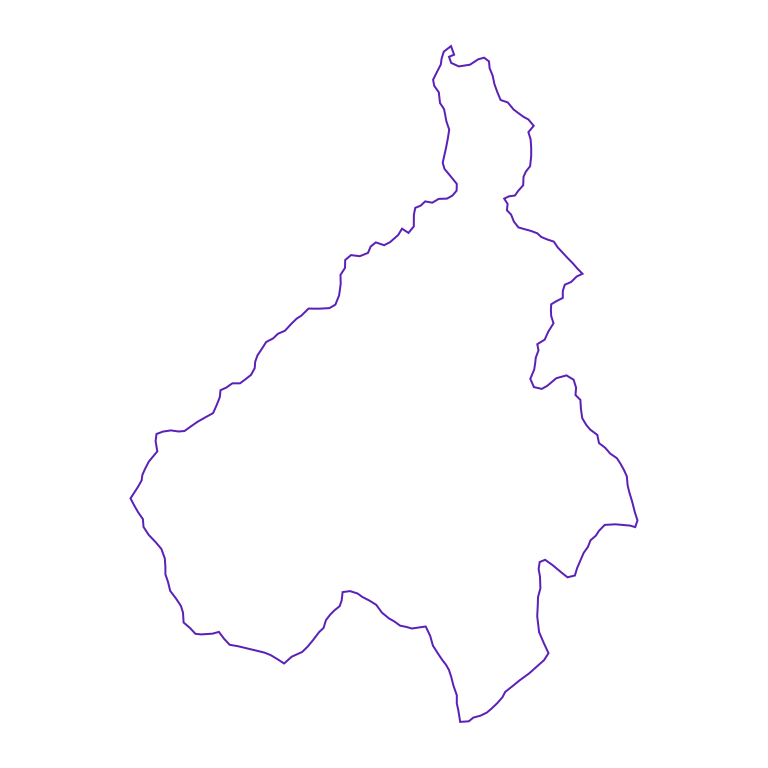 Echaporã, São Paulo, Brazil (orthographic projection)
{"feature_id": "56859067B12179027104670", "entity_name": "Echaporã", "entity_type": "district", "adm_level": 2, "iso_a3": "BRA", "parent_name": "Brazil", "parent_adm1": "São Paulo", "projection": "orthographic", "projection_center": [-50.188, -22.419], "detail": "fine", "context": "isolated", "style": "outline", "palette": "violet", "viewbox_px": 768, "rotation_deg": 0, "n_neighbors": 0, "source": "geoboundaries", "source_scale": "gbopen_adm2", "svg_char_len": 3515}
<svg xmlns="http://www.w3.org/2000/svg" viewBox="0 0 768 768"><path d="M218.9,631.9L224.0,638.7L229.7,644.8L237.9,646.2L264.4,652.6L270.7,655.1L278.1,659.6L284.1,663.5L291.7,656.7L302.1,652.0L307.4,646.9L312.8,640.4L319.1,632.1L323.6,627.9L325.9,620.2L330.4,614.4L334.4,610.4L339.7,606.1L341.7,600.3L342.6,592.1L350.0,591.1L357.6,593.5L362.4,597.0L368.9,600.3L376.2,604.8L381.8,612.5L389.2,618.6L393.8,621.1L400.2,625.7L406.2,626.9L411.9,628.5L425.7,626.5L430.2,635.9L432.9,645.6L438.2,653.9L442.5,660.3L446.1,664.9L449.0,670.1L451.2,676.8L453.5,685.8L456.8,695.2L456.8,703.4L458.3,710.2L460.2,721.9L468.8,721.3L473.3,717.6L480.4,715.7L486.8,712.6L491.1,709.0L497.2,703.2L502.4,697.3L505.2,691.9L511.8,686.7L520.2,679.9L529.0,673.5L538.0,665.5L544.0,660.2L548.5,653.2L544.0,643.5L539.1,632.1L538.0,622.9L537.2,616.2L537.5,610.5L537.8,604.6L538.0,597.2L540.4,588.3L540.0,576.7L538.6,569.0L539.7,562.0L545.1,559.8L552.8,565.3L557.2,569.0L561.3,572.4L567.5,577.3L574.9,575.5L577.1,568.1L580.3,560.7L583.7,552.8L587.9,547.0L590.5,540.3L595.9,535.6L599.0,530.8L604.7,524.9L615.4,524.3L623.3,525.0L630.1,525.6L635.2,527.1L637.5,520.4L634.9,512.4L632.1,501.4L629.2,491.9L627.6,485.2L626.8,476.3L623.9,469.9L620.3,463.4L616.9,458.2L610.3,453.7L605.2,447.8L599.0,443.1L597.3,434.9L590.2,429.6L586.3,425.0L582.3,418.3L580.9,408.8L580.4,399.9L575.5,395.0L576.1,387.7L573.6,379.7L566.5,375.4L556.3,378.2L547.3,385.8L541.8,388.9L533.9,387.1L530.3,378.8L534.2,369.6L535.1,363.7L535.8,357.6L538.5,350.4L537.3,344.2L544.7,339.6L548.3,331.6L553.5,323.3L551.2,316.0L550.9,309.9L551.2,304.3L556.1,301.3L562.8,297.9L562.8,290.9L564.8,284.7L571.1,282.0L576.7,276.5L582.5,273.8L577.3,268.5L573.1,263.6L567.1,257.5L562.3,252.3L557.7,247.4L553.8,241.6L547.3,239.5L541.3,237.0L537.3,233.3L530.9,230.9L523.9,229.0L518.4,227.4L513.9,221.6L511.1,214.6L506.9,210.3L507.6,203.9L504.2,198.6L509.1,196.3L515.0,195.5L518.1,191.0L523.2,185.2L523.5,176.9L525.8,171.7L530.1,166.2L531.2,156.0L531.2,147.6L530.6,139.2L528.4,132.2L533.7,125.8L528.3,119.4L523.6,116.9L518.9,113.5L513.6,109.5L507.7,102.4L500.6,100.0L497.2,91.8L494.4,84.0L492.6,75.5L489.6,68.2L489.0,61.4L484.1,57.7L478.2,59.3L470.0,64.7L458.8,66.4L451.2,62.9L449.0,56.8L454.1,54.7L451.0,46.1L443.8,51.6L441.6,58.6L440.8,64.5L437.6,70.7L433.1,79.7L434.2,85.8L438.8,92.3L440.0,103.0L444.1,109.2L446.4,121.4L449.2,129.6L447.9,138.2L446.1,147.5L442.7,162.8L444.5,168.9L449.9,175.4L456.8,183.9L456.6,190.7L452.4,195.6L447.0,198.6L438.7,198.9L432.3,202.7L425.2,201.4L420.6,205.7L415.3,207.8L413.9,214.5L413.8,226.4L408.5,232.9L402.0,228.7L398.2,235.0L390.0,242.2L384.1,245.2L375.8,242.4L370.7,246.5L368.0,252.9L359.8,256.2L351.0,255.1L345.2,260.0L345.0,267.9L340.5,274.9L340.7,283.9L339.1,295.4L335.4,304.6L329.5,308.1L319.0,308.7L308.5,308.6L301.4,315.6L296.8,318.5L291.5,323.6L285.0,330.7L277.9,333.8L273.1,338.4L266.2,342.0L261.2,349.8L257.5,355.3L255.2,361.7L254.7,368.2L251.0,374.9L245.3,379.4L240.0,383.3L232.4,383.3L226.1,387.7L220.5,390.2L219.8,397.2L216.7,405.0L213.1,413.1L206.3,416.8L197.5,421.8L191.3,426.1L184.5,431.0L178.6,431.5L170.9,430.4L162.9,431.6L156.5,434.0L155.6,441.1L157.3,451.4L148.8,461.6L144.9,469.2L142.4,474.9L141.6,480.4L138.1,486.7L134.2,492.7L130.5,498.4L134.5,506.0L138.4,512.7L142.9,519.1L143.5,526.9L148.7,534.9L155.7,542.2L161.4,549.0L164.8,558.4L165.4,567.3L165.4,574.3L168.0,581.9L170.2,590.9L176.2,598.8L180.9,605.9L183.0,612.6L183.6,622.5L190.0,628.0L195.4,633.8L201.0,634.4L212.4,633.7L218.9,631.9Z" fill="none" stroke="#5b21b6" stroke-width="2"/></svg>